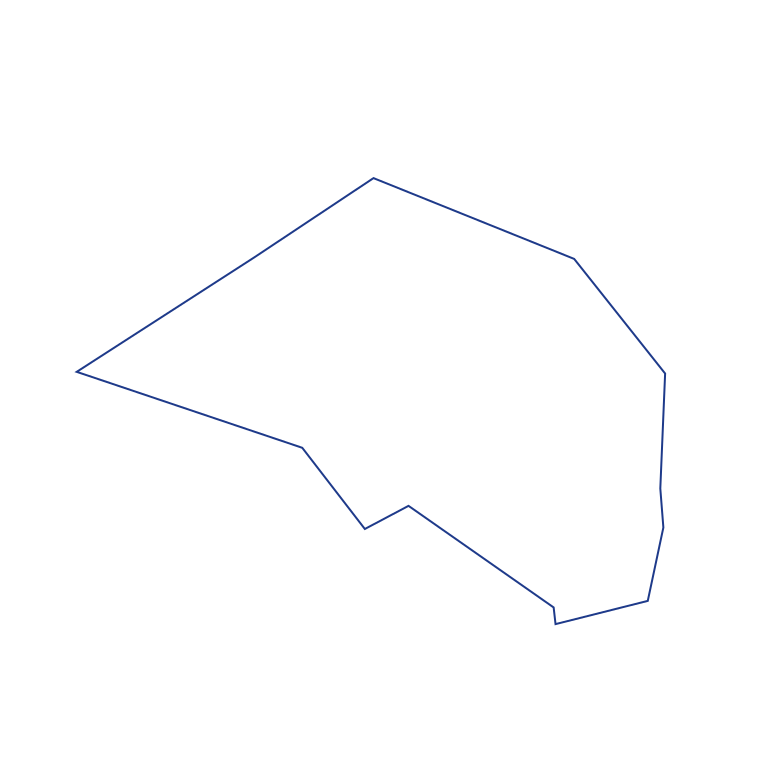 Centar, Albers equal-area conic projection, rotated 102°
{"feature_id": "MKD-2923", "entity_name": "Centar", "entity_type": "Municipality", "adm_level": 1, "iso_a3": "MKD", "parent_name": "North Macedonia", "parent_adm1": "", "projection": "albers", "projection_center": [21.428, 41.971], "detail": "fine", "context": "isolated", "style": "outline", "palette": "blue", "viewbox_px": 768, "rotation_deg": 102, "n_neighbors": 0, "source": "natural_earth", "source_scale": "10m", "svg_char_len": 330}
<svg xmlns="http://www.w3.org/2000/svg" viewBox="0 0 768 768"><g transform="rotate(102 384 384)"><path d="M541.3,80.9L583.2,166.3L567.3,171.6L498.1,334.7L529.8,372.6L463.4,450.7L436.0,687.1L287.3,537.4L184.8,437.1L222.1,224.0L315.3,111.2L428.8,92.0L466.3,80.9L541.3,80.9Z" fill="none" stroke="#1e3a8a" stroke-width="2"/></g></svg>